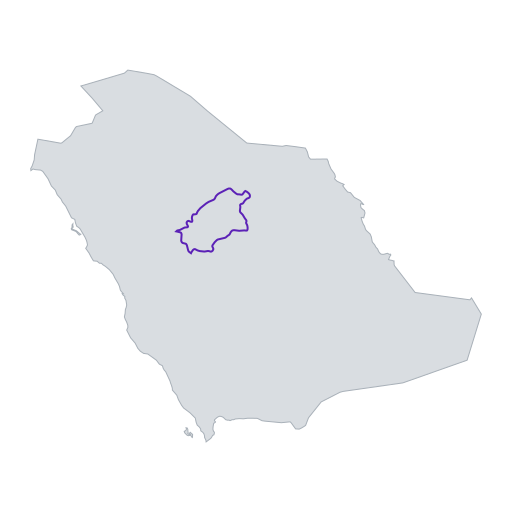 location of Al Quassim within Saudi Arabia
{"feature_id": "SAU-846", "entity_name": "Al Quassim", "entity_type": "Region", "adm_level": 1, "iso_a3": "SAU", "parent_name": "Saudi Arabia", "parent_adm1": "", "projection": "mercator", "projection_center": [43.262, 25.97], "detail": "fine", "context": "in_parent", "style": "outline", "palette": "violet", "viewbox_px": 512, "rotation_deg": 0, "n_neighbors": 0, "source": "natural_earth", "source_scale": "10m", "svg_char_len": 6198}
<svg xmlns="http://www.w3.org/2000/svg" viewBox="0 0 512 512"><path d="M402.8,382.9L343.1,391.4L339.9,392.3L321.2,401.9L308.5,417.8L305.6,425.4L304.0,426.5L301.5,428.0L299.2,429.1L295.6,428.9L291.4,423.1L290.3,421.9L289.3,421.9L281.3,422.7L264.7,421.1L262.0,420.7L258.3,418.8L257.4,418.4L256.4,418.3L247.8,418.2L243.5,418.8L239.4,418.6L235.2,419.0L233.7,419.7L232.0,419.7L230.9,420.3L230.0,420.6L229.0,420.1L227.6,420.2L225.7,419.7L224.4,418.4L223.2,417.3L221.9,416.7L220.5,416.3L219.3,416.3L217.8,417.0L216.9,417.6L214.5,419.8L214.4,420.6L215.5,421.9L215.1,422.5L213.7,423.3L213.3,425.4L213.1,426.5L212.9,429.2L213.5,431.3L214.3,432.1L214.4,433.0L213.9,434.8L212.6,435.4L211.7,437.1L211.1,438.0L210.1,438.9L206.1,441.9L205.9,440.2L204.6,437.5L204.5,435.7L203.9,433.8L202.8,432.3L200.8,430.8L200.6,428.8L199.1,426.8L197.2,425.1L196.1,422.1L195.3,418.1L190.1,412.9L183.6,408.0L181.6,405.3L178.4,399.6L176.8,395.2L172.4,390.1L172.3,388.1L171.6,385.7L170.6,383.1L170.0,381.0L165.7,371.7L164.3,370.2L163.1,368.1L162.7,366.5L162.4,365.7L159.3,364.1L156.4,360.2L147.8,354.0L143.6,353.4L140.3,351.2L137.8,348.3L135.2,343.2L130.6,337.8L126.7,330.1L127.9,327.3L127.8,325.3L126.6,321.9L125.3,319.4L124.4,316.9L125.1,313.4L125.4,309.5L126.2,307.4L126.7,305.1L126.0,300.5L124.7,298.0L124.8,296.3L123.4,295.5L122.2,293.7L123.4,293.7L121.1,291.2L120.3,289.9L119.5,286.5L118.4,283.9L114.9,278.0L113.2,274.4L109.4,269.7L105.3,266.3L102.8,264.7L101.5,263.3L99.4,263.2L97.1,261.2L95.5,261.1L93.4,260.8L91.0,256.8L89.1,253.1L85.7,248.3L86.5,247.1L87.5,245.0L87.0,242.3L86.5,240.5L85.0,237.2L80.1,228.9L78.8,227.6L76.7,226.2L75.4,222.6L74.8,219.4L71.5,217.8L65.7,206.1L62.4,202.0L61.1,199.2L57.2,194.7L55.3,190.1L51.4,186.0L48.0,178.7L42.8,171.4L40.6,170.1L35.2,169.6L33.0,169.0L30.9,170.6L30.7,168.6L32.2,165.8L34.2,159.9L34.6,154.7L37.9,139.2L60.7,143.2L61.8,142.9L70.6,135.7L75.5,127.4L76.6,126.5L91.9,123.3L92.3,122.9L95.4,115.4L95.7,115.0L96.2,114.6L102.8,110.8L92.1,98.1L80.9,86.0L123.9,73.3L124.6,73.0L127.8,70.1L146.7,73.3L154.0,74.7L156.4,75.9L190.5,96.3L207.3,110.9L246.6,142.9L247.2,143.1L282.3,146.3L286.1,145.5L295.7,146.7L305.4,148.1L307.3,151.8L308.0,154.4L308.6,156.9L310.5,159.2L318.6,159.1L327.0,159.0L328.2,161.3L328.7,163.6L331.0,169.0L334.1,173.2L334.9,174.7L335.4,177.0L334.8,177.9L334.6,178.9L337.0,181.2L340.8,183.1L342.3,183.6L344.1,184.5L342.7,185.8L345.0,188.9L347.6,192.0L350.5,192.7L354.3,197.4L360.1,200.5L363.6,204.5L363.3,204.6L362.2,204.1L361.0,203.6L360.6,204.1L360.6,205.8L361.0,207.7L362.8,209.4L364.4,210.6L365.0,213.0L363.7,217.9L363.3,217.9L362.5,217.5L361.5,217.4L361.1,217.7L362.1,221.2L363.2,224.0L364.5,226.1L365.5,229.3L366.4,230.6L370.1,234.0L371.3,236.8L372.3,242.0L374.7,244.9L375.9,247.2L377.6,249.0L378.7,251.6L380.3,253.6L381.1,254.1L382.3,254.3L383.8,254.3L385.6,253.8L387.6,253.3L389.1,254.3L390.6,254.2L390.8,255.1L389.8,256.4L388.5,259.6L390.3,260.1L392.0,260.4L393.3,260.9L394.0,260.9L394.0,261.6L394.1,264.6L394.5,265.8L415.1,292.5L469.8,299.8L470.1,299.7L471.5,297.9L481.3,314.1L467.1,360.2L402.8,382.9ZM188.7,434.3L190.3,434.4L189.7,433.7L189.5,433.3L190.2,432.3L192.6,434.4L192.5,436.9L192.3,437.5L191.7,437.0L191.3,436.4L191.1,435.9L190.5,435.2L188.2,435.7L186.8,435.0L184.7,432.8L184.2,431.3L185.0,431.0L185.9,430.3L186.5,429.1L186.0,427.8L187.2,428.0L187.8,429.3L188.0,432.2L188.2,432.9L187.8,433.5L188.7,434.3ZM79.7,235.0L79.1,235.0L77.6,233.4L76.7,232.2L75.8,231.4L71.7,229.8L71.2,228.8L71.8,227.7L72.2,228.8L73.0,229.4L76.4,230.8L80.2,234.0L80.8,234.2L79.7,235.0ZM73.1,227.2L72.9,227.5L72.0,226.6L72.1,224.8L72.9,223.8L72.8,225.2L73.1,226.6L73.1,227.2Z" fill="#d9dde1" stroke="#a8b0b8" stroke-width="1"/><path d="M245.3,191.0L246.6,191.6L247.6,192.3L248.5,193.1L248.9,193.5L249.3,194.0L249.6,194.5L249.8,195.0L249.9,195.5L249.9,196.0L249.9,196.3L249.8,196.7L249.7,197.1L249.4,197.5L249.0,197.8L248.5,198.1L247.4,198.4L246.9,198.7L246.4,199.1L245.4,200.0L244.6,200.9L243.1,203.2L242.7,203.5L242.4,203.7L241.6,203.8L241.1,204.0L240.6,204.3L240.2,204.8L240.1,205.4L240.3,206.5L240.3,207.5L239.9,210.6L239.9,211.1L240.0,211.6L240.2,212.1L240.6,212.6L242.3,214.3L242.8,214.9L244.7,218.1L246.3,220.3L246.5,221.1L246.2,222.3L246.1,222.9L246.3,223.5L246.9,224.6L247.2,225.3L247.4,226.1L247.6,227.5L247.6,228.4L247.6,229.0L247.5,229.5L247.3,230.0L247.1,230.4L246.7,230.5L246.2,230.6L244.3,230.4L239.2,230.8L234.6,230.2L233.6,230.2L233.1,230.3L232.7,230.4L232.2,230.6L231.9,230.8L231.6,231.1L231.3,231.4L230.7,232.2L229.9,233.8L229.5,234.5L229.0,234.9L227.5,235.9L226.3,237.0L225.8,237.4L225.0,237.8L217.8,239.5L217.3,239.8L216.8,240.1L214.7,242.2L212.7,245.0L212.4,245.6L212.3,246.2L212.4,246.7L212.6,247.1L213.1,248.1L213.3,248.7L213.3,249.3L212.9,250.2L212.5,250.8L212.0,251.2L211.5,251.5L211.0,251.6L210.6,251.6L208.9,251.1L207.9,251.0L204.9,251.5L203.8,251.5L199.9,251.1L198.4,250.7L197.5,250.4L195.2,249.2L194.7,249.1L194.2,249.2L193.7,249.4L193.1,249.9L192.8,250.2L191.4,252.3L191.0,253.2L189.1,251.8L188.8,251.5L188.5,251.1L188.1,250.1L187.0,245.7L186.6,244.7L186.2,244.1L186.0,243.9L185.6,243.7L182.8,243.0L182.3,242.7L181.9,242.3L181.5,241.6L181.3,241.1L181.2,240.6L181.6,234.4L181.5,233.9L181.3,233.3L181.0,232.8L180.6,232.5L179.7,232.2L176.8,231.5L176.3,231.4L177.1,230.6L178.0,230.3L179.3,230.1L180.0,229.9L183.5,228.1L184.3,227.7L184.9,227.5L187.0,227.3L187.5,227.2L187.9,226.8L188.0,226.5L187.9,226.1L187.8,225.8L186.8,223.9L186.7,223.4L186.6,222.9L186.7,222.3L187.0,221.8L187.5,221.2L188.1,221.0L188.5,220.9L188.9,221.0L190.6,221.7L191.1,221.8L191.6,221.8L192.0,221.7L192.2,221.3L192.3,220.9L192.3,220.5L192.3,220.3L191.9,218.4L191.9,217.9L191.9,217.4L192.0,216.9L192.3,215.9L192.8,214.9L193.1,214.5L193.6,214.3L194.0,214.3L194.5,214.4L195.1,214.3L196.1,214.1L196.5,213.9L196.8,213.4L196.9,212.9L197.3,212.1L197.9,211.0L200.4,208.1L206.1,203.5L208.6,201.9L213.5,199.8L214.3,199.2L214.7,198.7L215.0,198.2L215.9,196.2L216.7,195.3L217.7,194.3L219.3,193.2L227.5,189.0L228.5,188.6L229.0,188.5L229.5,188.5L230.0,188.5L230.5,188.7L231.0,189.0L231.8,189.7L233.3,191.3L236.0,193.5L237.0,194.1L237.5,194.3L239.7,194.4L241.2,194.7L241.6,194.7L242.1,194.6L242.4,194.4L242.7,194.1L244.4,191.8L245.3,191.0Z" fill="none" stroke="#5b21b6" stroke-width="2"/></svg>